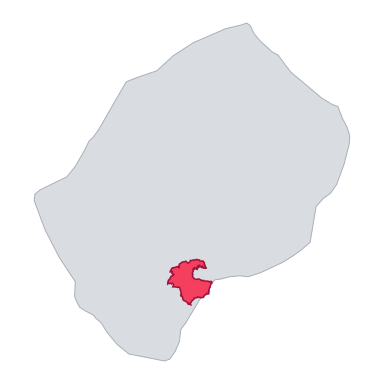 Mphaki, Quthing, Lesotho shown in context
{"feature_id": "5366337B73026559585968", "entity_name": "Mphaki", "entity_type": "district", "adm_level": 2, "iso_a3": "LSO", "parent_name": "Lesotho", "parent_adm1": "Quthing", "projection": "natural_earth1", "projection_center": [28.183, -30.161], "detail": "fine", "context": "in_parent", "style": "filled", "palette": "rose", "viewbox_px": 384, "rotation_deg": 0, "n_neighbors": 0, "source": "geoboundaries", "source_scale": "gbopen_adm2", "svg_char_len": 6670}
<svg xmlns="http://www.w3.org/2000/svg" viewBox="0 0 384 384"><path d="M261.3,272.4L249.2,276.4L247.5,276.7L239.8,275.8L229.4,276.8L221.2,279.0L214.9,279.8L204.6,291.5L185.8,322.8L180.8,329.4L179.4,341.7L175.1,351.5L169.8,359.1L164.6,361.0L148.9,357.9L128.9,354.0L117.3,344.6L106.9,332.1L101.4,323.1L95.7,318.1L93.8,315.3L85.6,311.1L82.5,309.0L79.8,307.4L76.5,301.4L74.6,296.2L75.3,281.6L69.5,273.0L59.7,258.1L53.4,246.0L44.9,229.4L39.6,215.2L34.2,200.5L34.9,194.2L40.0,189.9L55.1,182.5L66.9,176.8L75.3,166.3L84.4,150.7L88.9,141.3L93.3,137.0L98.2,130.4L106.7,115.7L116.1,99.3L126.3,81.8L139.1,76.7L156.6,70.9L173.4,55.6L193.5,42.6L225.8,28.6L240.9,25.1L246.7,23.0L250.3,25.7L254.1,33.7L259.6,40.4L272.4,52.1L277.8,54.9L290.9,72.2L305.0,84.0L321.2,97.7L332.2,104.5L337.8,106.4L342.5,118.5L347.2,127.5L349.8,135.9L349.2,144.1L344.1,164.1L336.6,184.6L330.6,193.1L323.2,198.5L316.1,206.6L313.3,223.0L310.1,242.4L300.7,250.3L293.5,255.5L283.5,261.9L261.3,272.4Z" fill="#d9dde1" stroke="#a8b0b8" stroke-width="1"/><path d="M190.8,304.8L190.7,304.3L189.9,303.4L190.1,303.1L190.5,302.8L190.9,302.7L191.4,301.9L191.6,301.5L191.6,301.3L192.1,300.9L192.3,300.4L192.8,300.2L193.1,299.8L193.5,299.6L193.9,299.3L193.8,298.6L193.9,298.2L194.7,298.1L195.1,297.8L195.3,297.9L195.6,297.9L196.2,297.9L196.5,297.7L197.1,297.6L197.3,297.5L197.3,297.2L197.5,297.0L197.7,296.8L198.3,296.9L198.6,297.1L198.8,297.4L199.0,297.5L200.3,297.4L200.8,297.8L201.4,297.7L201.7,297.5L202.1,297.4L202.6,297.5L203.0,297.6L203.3,297.4L204.0,296.7L204.1,295.7L204.3,295.2L205.1,295.1L205.4,294.7L205.9,294.6L206.4,294.0L206.6,293.5L207.0,293.9L207.7,294.0L207.9,294.1L208.4,293.8L208.6,293.8L208.9,293.7L208.9,293.0L208.4,292.5L208.4,292.2L208.6,292.0L208.6,291.7L208.8,291.4L209.1,291.2L208.7,290.9L208.6,290.4L208.8,290.2L209.0,290.1L209.1,289.8L209.2,289.5L209.2,288.7L209.3,288.4L209.7,287.8L210.2,287.2L210.0,286.7L210.4,285.9L210.4,285.6L210.6,284.8L211.1,283.9L211.2,283.3L211.8,283.3L211.9,282.9L211.9,282.3L211.8,281.9L211.5,281.5L211.2,281.4L210.4,281.4L210.0,281.4L209.8,281.8L209.6,282.0L209.4,282.1L208.5,281.6L208.1,281.1L207.7,281.0L207.2,281.1L205.7,281.2L205.3,281.3L205.0,281.1L204.5,281.0L204.2,280.7L203.7,280.4L203.0,280.4L202.3,280.8L202.0,280.8L201.5,280.1L200.7,280.1L200.6,279.9L200.1,279.6L199.6,279.1L199.2,279.0L198.3,279.0L198.0,279.1L197.4,279.0L197.0,279.4L196.7,279.4L195.0,279.2L194.4,278.6L193.9,278.3L193.7,278.0L193.4,278.0L193.1,277.7L193.0,277.4L193.0,277.1L192.3,276.4L192.3,276.2L192.6,275.8L192.7,275.2L192.7,274.9L192.9,274.7L192.8,273.9L192.4,273.6L192.3,273.3L192.3,273.2L192.6,272.2L193.2,271.7L193.0,269.9L193.2,269.7L193.0,269.4L193.0,269.0L193.1,268.8L193.6,268.5L194.2,267.9L194.3,267.9L194.5,267.7L194.7,267.9L194.6,268.1L194.7,268.5L194.7,268.8L195.4,268.0L195.5,267.5L195.6,268.2L196.1,268.6L196.3,269.1L196.4,269.3L196.5,269.3L196.4,269.1L196.5,269.0L196.9,269.1L196.5,268.4L196.4,268.2L196.6,268.1L197.0,268.3L197.4,268.5L197.5,268.5L197.6,268.4L197.5,268.1L197.2,267.6L197.1,267.4L197.2,267.1L197.7,267.1L197.8,266.9L197.6,266.5L197.5,266.1L197.8,266.0L198.0,266.1L198.1,266.3L198.4,267.2L198.5,267.3L198.8,267.3L198.8,267.1L198.5,267.0L198.5,266.8L198.6,266.5L198.8,266.4L198.9,266.5L199.1,266.4L199.0,266.1L198.9,266.0L198.8,265.9L198.7,265.8L198.7,265.5L198.8,265.2L199.1,265.2L199.4,265.3L199.6,266.3L199.6,266.5L200.1,266.6L200.6,266.2L201.0,266.8L201.1,267.1L201.4,267.5L201.7,267.4L201.8,267.2L202.0,266.7L202.0,266.4L202.2,266.2L202.4,266.4L202.4,266.7L202.6,266.9L202.9,267.1L203.1,267.6L202.9,267.8L203.2,268.1L203.8,268.2L204.0,268.1L203.9,267.8L204.0,267.6L204.6,267.7L205.0,268.1L205.3,268.1L205.4,268.3L206.0,268.1L205.8,267.9L205.7,267.9L205.8,267.8L206.0,267.8L206.1,267.7L205.7,267.3L205.3,266.3L204.8,265.7L205.1,265.2L204.6,264.6L204.5,264.3L204.3,264.1L204.4,262.7L203.9,262.3L203.6,261.9L203.3,261.6L203.2,261.4L203.1,261.1L202.4,260.9L202.2,261.0L201.7,261.2L200.5,261.1L199.4,260.7L199.3,260.4L199.4,260.1L198.9,260.1L197.3,259.5L196.3,259.4L196.0,259.5L195.8,259.9L195.5,260.1L194.5,260.1L193.9,259.8L193.5,259.8L193.1,260.1L192.0,260.5L191.7,260.5L190.9,260.4L190.4,260.4L190.2,260.6L190.2,261.3L189.7,262.2L189.5,262.4L189.0,262.5L188.2,262.9L187.7,263.1L187.2,262.3L186.9,262.1L185.8,261.2L185.5,261.1L185.0,261.6L184.5,261.9L184.2,262.0L183.9,262.0L183.1,261.8L182.4,261.9L182.2,262.0L182.0,262.4L181.6,262.7L181.0,263.1L180.6,263.3L180.2,263.5L179.8,263.7L179.5,264.0L178.9,265.6L178.9,266.1L179.3,266.8L179.4,267.2L179.3,267.6L178.9,267.7L178.5,267.5L178.4,267.4L178.3,266.9L177.9,266.7L177.1,266.6L176.4,266.8L175.2,267.4L174.8,267.3L174.1,267.6L172.6,267.8L172.2,268.0L171.9,268.2L171.6,268.8L170.9,270.1L170.7,270.3L170.4,270.7L170.4,271.0L170.2,271.4L170.2,272.0L170.7,271.8L170.9,271.6L171.1,271.0L171.1,271.6L171.5,271.5L171.7,272.1L171.9,272.1L172.2,271.7L172.4,271.7L172.4,271.8L172.3,272.0L172.4,272.3L172.4,272.8L172.5,273.1L172.5,273.3L172.3,273.4L172.0,273.4L172.0,273.5L172.6,273.9L172.6,274.2L172.7,274.3L173.6,274.3L173.8,274.4L173.9,274.5L173.7,274.8L173.7,275.0L173.4,275.2L173.1,275.3L172.8,275.3L172.7,275.4L172.5,275.5L172.1,275.9L171.9,276.2L171.7,276.3L171.4,276.2L171.3,276.5L171.1,276.6L170.9,276.7L170.8,276.9L170.8,277.0L170.5,277.3L170.6,277.5L170.3,277.8L170.0,278.8L169.9,279.1L169.6,279.1L169.3,279.4L169.2,279.7L169.2,279.8L169.0,280.0L168.8,280.2L168.6,280.1L168.5,280.3L168.4,280.3L168.2,281.0L168.2,281.6L168.1,281.9L168.2,282.0L167.7,282.2L167.7,282.4L167.9,282.8L167.8,283.7L168.0,283.5L168.3,283.6L168.7,283.4L169.1,283.4L169.5,283.6L170.2,283.3L170.7,283.4L171.1,283.3L171.3,283.4L171.5,283.9L171.8,283.7L172.1,283.4L172.4,283.3L172.6,283.4L173.2,283.9L173.5,284.3L173.4,284.6L173.5,285.2L173.4,285.4L173.2,285.8L173.0,286.5L172.9,286.7L172.8,286.9L173.0,286.9L173.4,286.8L174.2,286.7L174.5,286.8L174.8,287.0L175.4,286.9L176.2,287.1L177.1,287.1L177.5,287.3L177.8,287.5L178.2,287.3L178.5,287.4L179.1,287.1L179.6,287.4L179.6,287.6L179.7,287.8L179.9,287.9L180.0,288.3L180.1,288.5L180.1,288.8L180.2,289.3L180.1,289.8L180.2,290.2L180.4,290.4L180.6,290.6L180.8,290.9L180.8,291.9L181.2,292.8L181.2,293.0L181.3,293.1L181.3,293.9L181.2,293.8L180.9,294.0L181.1,294.3L181.1,294.7L181.2,295.1L180.8,295.3L181.1,295.7L181.1,295.9L181.3,296.0L181.4,295.9L181.6,295.7L181.7,296.1L181.6,296.3L181.8,296.3L181.9,296.5L182.2,296.4L182.5,296.6L182.6,296.8L182.6,297.1L182.6,297.6L182.7,298.0L182.7,298.7L183.0,299.2L183.4,300.4L183.9,300.5L184.3,300.7L184.5,300.7L184.7,300.9L185.1,300.9L185.3,301.2L186.0,301.5L186.8,302.2L187.3,302.8L187.8,302.8L188.0,303.0L188.1,303.4L187.9,303.6L187.9,303.8L188.4,304.3L189.1,304.4L189.6,304.1L190.8,304.8Z" fill="#f43f5e" stroke="#9f1239" stroke-width="1.5"/></svg>